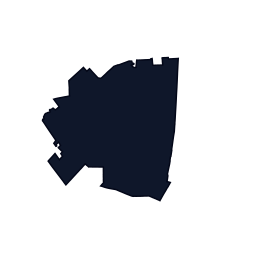 Maicanesti, Vrancea, Romania, rotated 317°
{"feature_id": "2599482B14220108289328", "entity_name": "Maicanesti", "entity_type": "district", "adm_level": 2, "iso_a3": "ROU", "parent_name": "Romania", "parent_adm1": "Vrancea", "projection": "orthographic", "projection_center": [27.427, 45.473], "detail": "fine", "context": "isolated", "style": "filled", "palette": "ink", "viewbox_px": 256, "rotation_deg": 317, "n_neighbors": 0, "source": "geoboundaries", "source_scale": "gbopen_adm2", "svg_char_len": 5002}
<svg xmlns="http://www.w3.org/2000/svg" viewBox="0 0 256 256"><g transform="rotate(317 128 128)"><path d="M117.6,198.1L121.8,196.7L121.5,196.2L121.3,195.9L120.9,195.3L120.6,194.7L120.2,194.1L120.0,193.8L122.4,191.9L124.2,190.4L124.4,190.3L124.5,190.2L125.1,189.2L125.3,188.9L125.6,188.4L127.4,187.2L127.9,186.8L133.8,182.7L136.0,181.0L136.4,180.7L136.6,180.3L136.8,180.1L138.7,178.6L138.8,178.4L139.1,178.2L139.3,178.1L139.6,178.1L139.8,178.1L145.0,174.0L144.9,173.6L145.1,173.4L145.3,173.2L145.7,173.1L147.7,171.5L150.3,169.4L155.6,165.1L159.5,162.1L163.6,158.2L165.0,157.0L165.6,156.3L165.8,156.1L166.7,155.3L168.2,153.9L173.4,148.9L179.4,143.2L186.7,136.1L191.1,131.9L195.4,127.7L200.6,122.6L201.9,121.3L205.1,118.2L211.2,112.3L212.2,111.4L211.3,110.7L210.2,109.8L208.1,108.0L207.9,107.9L205.8,106.1L204.6,105.0L205.5,103.9L205.4,103.8L203.3,102.1L202.8,101.6L201.8,100.8L201.5,100.5L201.2,100.3L200.8,100.0L200.7,100.0L200.0,101.0L199.7,101.5L199.3,102.0L198.9,102.4L197.4,104.3L197.1,104.8L196.6,105.4L196.4,105.6L196.0,105.4L195.1,104.5L194.1,103.7L191.9,101.7L191.2,101.1L189.5,99.6L189.2,99.3L189.0,99.1L189.0,98.9L189.9,97.7L190.9,96.3L191.1,96.1L191.6,95.5L192.3,94.6L193.0,93.6L191.8,93.0L191.4,93.5L189.4,91.9L186.6,89.5L184.0,87.3L181.7,85.3L180.7,84.3L179.4,85.4L176.3,88.1L175.2,89.1L174.9,88.8L174.2,88.4L173.3,87.4L173.3,86.8L173.4,86.7L173.4,86.3L173.3,85.9L173.3,85.4L173.3,85.2L173.2,84.8L173.2,84.5L173.2,84.3L173.3,84.3L173.4,84.2L173.6,84.3L173.8,84.3L174.0,84.4L174.1,84.5L174.4,84.7L174.8,85.0L175.1,85.2L175.3,85.3L175.6,85.3L175.9,85.3L176.1,85.2L176.2,84.8L176.2,84.6L176.0,84.3L175.9,84.2L175.7,83.8L175.6,83.6L175.5,83.3L175.5,83.1L175.5,82.9L175.6,82.7L175.9,82.4L176.0,82.2L176.2,81.9L176.3,81.6L176.1,81.5L175.4,80.7L175.2,80.5L174.9,80.5L174.8,80.4L174.7,80.3L174.6,80.2L174.6,79.9L174.3,79.7L172.6,79.0L169.9,77.9L168.8,77.4L167.7,77.0L166.6,76.5L165.5,76.1L164.5,75.6L163.7,75.3L163.4,75.2L163.5,74.9L159.7,73.3L159.4,73.3L155.2,73.3L151.4,73.2L147.7,73.3L146.5,73.3L145.3,73.3L143.9,73.3L143.5,73.3L143.1,73.3L142.6,73.2L142.3,73.2L142.1,73.1L141.8,72.9L141.6,72.6L141.4,72.4L141.2,72.3L141.0,72.0L140.8,71.7L140.4,71.2L140.2,70.6L140.2,69.6L140.2,67.4L140.2,63.5L140.2,62.5L140.3,59.8L140.3,58.4L136.6,58.4L136.7,53.3L131.5,53.3L117.0,53.1L114.6,56.0L112.9,58.1L112.5,58.6L111.4,59.7L110.0,61.3L109.9,61.4L108.0,63.5L107.1,64.7L104.6,63.2L102.5,61.8L100.4,60.5L97.1,58.4L94.9,57.1L93.3,56.3L92.4,64.2L92.4,64.4L92.0,65.6L91.9,65.8L91.7,65.7L91.4,65.6L91.2,65.5L90.9,65.5L90.7,65.4L90.3,65.4L90.0,65.5L89.8,65.5L89.5,65.5L89.4,65.5L89.1,65.5L89.0,65.4L88.8,65.4L88.6,65.3L88.3,65.3L88.0,65.3L87.7,65.3L87.4,65.2L87.2,64.9L87.0,64.3L86.9,63.6L86.9,62.7L86.7,62.4L86.3,62.2L86.0,62.2L85.9,62.2L85.7,62.2L85.4,62.2L85.2,62.2L84.6,62.1L84.4,62.0L84.2,61.9L83.9,61.7L83.6,61.4L83.4,61.2L83.2,61.2L82.9,61.3L82.7,61.6L82.6,62.1L82.4,62.4L82.3,62.8L82.1,63.0L81.7,63.1L81.4,63.0L81.1,62.9L80.8,62.6L80.5,62.3L80.3,62.2L80.1,62.1L79.8,62.0L79.5,61.9L79.1,61.8L78.7,61.7L78.1,61.4L77.9,61.3L77.7,61.3L77.5,61.2L77.3,61.2L77.0,61.2L76.6,61.3L76.1,61.4L75.7,61.6L75.4,61.7L75.3,61.8L75.0,61.9L74.8,62.0L74.4,62.1L74.1,62.2L73.9,62.3L73.6,62.7L73.5,62.9L73.3,63.2L73.2,63.4L73.1,63.6L73.0,63.8L72.9,63.9L72.7,64.1L72.4,64.1L72.1,63.9L71.9,63.7L71.7,63.5L71.3,63.7L71.1,63.8L70.8,64.0L70.4,64.5L70.4,64.9L70.4,65.3L69.3,71.8L68.5,76.9L68.0,80.1L67.8,81.5L66.8,87.9L63.3,88.6L62.9,91.6L62.8,92.2L63.4,92.5L63.6,92.5L63.5,91.3L67.5,90.8L66.9,94.6L63.6,94.9L63.9,100.7L61.4,100.9L60.9,104.0L56.2,104.4L57.2,96.9L52.7,97.3L47.3,97.7L47.0,97.8L46.9,98.7L46.8,99.9L46.7,100.4L46.7,100.6L46.7,100.9L46.6,101.4L46.5,101.6L46.4,102.8L46.1,105.3L45.1,115.2L44.7,119.0L44.3,123.0L44.1,124.2L43.8,127.2L46.5,127.0L47.9,126.9L48.6,126.8L49.2,126.8L50.9,126.7L55.9,126.3L57.5,126.2L59.6,126.0L61.5,125.9L64.8,125.6L65.7,125.6L67.0,125.5L68.9,125.3L70.5,125.2L71.6,125.1L72.2,125.1L72.3,126.2L72.4,127.2L72.5,127.5L72.7,129.6L72.8,129.6L73.8,130.6L74.6,131.3L75.6,132.4L75.9,132.6L77.5,134.1L82.5,138.9L83.0,139.4L83.3,139.7L83.3,139.8L82.6,140.6L81.0,142.3L79.9,143.5L79.3,144.2L78.8,144.7L78.5,145.0L78.0,145.5L77.6,146.0L77.0,146.6L76.3,147.4L75.7,148.1L75.2,148.6L75.0,148.8L74.8,149.0L74.1,149.8L73.8,150.1L73.5,150.5L73.4,151.0L72.9,151.3L70.9,151.5L69.2,151.7L69.0,151.8L68.5,151.8L68.6,152.0L68.9,152.4L69.2,152.8L69.4,153.2L70.5,155.3L71.4,156.8L71.8,157.4L72.1,157.9L72.3,158.1L72.4,158.3L72.7,158.7L73.6,160.0L76.7,164.1L77.1,164.7L77.4,165.1L77.7,165.9L79.4,169.7L79.6,170.0L80.0,171.0L80.6,172.3L81.2,173.7L81.7,174.8L82.6,176.7L83.3,178.1L83.8,179.2L84.3,180.2L85.2,181.5L85.5,181.7L86.7,182.7L87.0,183.1L87.8,183.8L90.9,186.6L93.1,188.5L94.1,189.3L95.2,190.4L96.3,191.3L96.9,191.9L97.3,192.4L97.5,193.1L97.8,193.6L98.8,196.0L99.4,197.2L99.6,197.7L99.7,198.0L100.1,198.7L100.6,200.0L101.5,202.0L101.7,202.6L101.8,202.9L102.6,202.6L104.2,202.1L105.7,201.6L109.5,200.4L113.1,199.4L115.4,198.6L116.1,198.5L117.6,198.1Z" fill="#0f172a" stroke="#020617" stroke-width="1.5"/></g></svg>